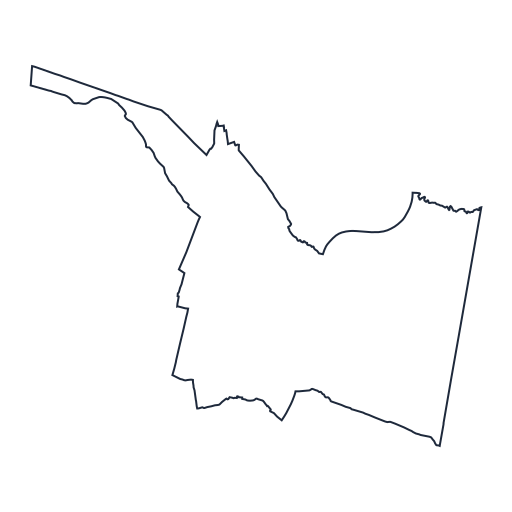 the district of Pak Kret, Nonthaburi, Thailand
{"feature_id": "78962969B33148689371757", "entity_name": "Pak Kret", "entity_type": "district", "adm_level": 2, "iso_a3": "THA", "parent_name": "Thailand", "parent_adm1": "Nonthaburi", "projection": "equal_earth", "projection_center": [100.484, 13.936], "detail": "fine", "context": "isolated", "style": "outline", "palette": "slate", "viewbox_px": 512, "rotation_deg": 0, "n_neighbors": 0, "source": "geoboundaries", "source_scale": "gbopen_adm2", "svg_char_len": 6018}
<svg xmlns="http://www.w3.org/2000/svg" viewBox="0 0 512 512"><path d="M197.2,408.5L198.6,408.4L202.3,407.3L203.9,408.0L204.5,408.0L207.2,407.1L211.3,406.3L214.9,405.3L217.8,405.0L219.1,404.7L219.6,404.4L222.1,401.9L226.0,398.8L226.5,398.6L227.4,399.3L228.3,399.1L229.6,397.2L232.2,397.7L233.6,398.2L234.8,397.8L236.8,398.0L237.1,396.4L237.3,396.3L238.4,396.6L238.5,397.2L242.2,397.5L242.2,398.7L242.2,398.9L245.4,399.5L247.1,400.4L249.2,400.7L250.3,400.7L253.1,400.4L254.4,399.9L256.0,398.7L256.8,398.6L258.1,399.2L262.4,400.5L263.2,401.0L263.9,401.8L266.0,404.7L266.8,405.4L267.1,406.1L267.7,406.0L268.0,406.1L270.7,409.4L270.7,409.9L270.1,410.6L270.1,411.0L270.2,411.3L273.9,413.1L277.1,416.6L281.7,420.3L284.2,416.5L286.2,413.2L290.8,404.3L292.4,400.7L294.3,395.7L295.1,393.2L295.5,391.3L299.4,391.3L309.4,390.4L310.7,389.7L311.6,389.0L312.3,388.9L313.3,389.2L315.5,390.1L317.5,390.7L319.2,392.0L320.4,391.8L320.9,391.9L322.7,394.1L323.6,394.4L324.0,394.6L324.7,396.2L325.5,397.2L326.2,397.4L327.9,397.3L328.7,397.8L330.2,399.8L330.7,401.0L331.2,401.4L341.3,404.9L345.7,406.8L350.4,408.1L351.7,409.3L353.0,409.6L363.1,412.6L365.3,413.7L368.8,414.9L375.2,417.6L385.1,421.5L387.3,422.1L389.0,421.9L390.5,421.9L395.0,423.6L404.0,427.4L409.3,430.0L411.6,431.0L413.0,432.0L415.9,433.5L419.0,434.3L420.7,435.0L429.3,436.7L430.8,437.2L431.3,437.6L432.8,439.6L434.2,441.2L435.0,443.1L436.1,444.9L436.8,445.3L438.5,445.4L439.7,445.9L440.0,444.1L443.4,425.0L443.6,423.7L443.5,423.3L451.1,379.2L458.7,336.2L481.3,207.3L480.5,207.5L479.5,207.9L479.3,208.5L479.4,209.8L479.3,210.0L478.3,210.1L477.8,209.8L477.3,209.3L476.9,209.2L474.1,210.2L473.8,210.5L473.0,211.7L472.6,212.0L471.3,211.9L470.0,212.6L468.7,211.7L468.0,211.5L467.7,211.9L467.4,212.9L467.0,213.2L466.7,213.2L465.8,211.6L464.9,211.4L464.5,211.2L464.4,210.8L464.3,210.0L464.2,209.4L463.8,209.1L463.3,209.0L461.3,208.9L459.8,209.3L458.7,209.8L457.2,211.1L456.1,211.7L455.1,210.8L453.8,210.8L453.4,210.6L451.4,206.8L450.6,206.1L450.3,206.3L449.9,206.7L449.7,207.7L449.5,209.4L449.4,209.8L449.1,210.0L448.7,209.6L447.5,207.2L447.0,206.7L446.5,206.8L445.5,207.5L445.0,207.5L442.0,205.7L440.3,205.5L438.6,204.6L436.5,204.1L435.4,202.9L435.0,202.7L433.9,202.8L432.1,202.6L429.8,203.0L429.0,202.9L428.7,202.7L428.2,200.7L427.8,200.3L427.3,200.5L426.5,201.7L426.2,201.8L425.8,201.7L424.6,200.6L424.3,200.0L424.3,199.0L425.0,197.6L424.9,197.1L424.7,196.9L424.2,196.9L422.4,197.8L421.7,198.0L420.4,199.4L420.1,199.6L419.8,199.6L419.5,199.3L419.1,197.8L418.4,196.6L418.3,196.2L418.5,195.7L419.9,194.2L420.0,193.8L419.8,193.5L419.3,193.2L416.8,192.9L412.6,192.7L412.6,194.3L412.4,197.4L412.1,199.3L411.6,201.9L410.1,206.7L409.2,208.8L407.8,211.6L404.7,217.1L402.9,219.6L401.2,221.3L397.8,224.3L394.5,226.7L390.9,228.7L387.4,230.3L383.6,231.4L380.7,231.8L378.7,232.1L371.4,232.2L356.9,231.1L352.3,230.9L349.2,231.1L346.0,231.5L341.8,232.5L338.9,233.7L336.0,235.5L332.8,238.3L329.6,241.7L327.3,244.4L326.0,246.4L324.4,249.9L322.9,254.2L319.0,253.4L317.2,250.9L315.2,249.6L314.4,248.8L314.0,248.1L313.7,247.1L313.4,246.6L313.0,246.5L311.9,246.9L311.6,246.7L311.0,245.8L310.5,245.5L309.7,245.2L308.3,245.1L307.5,244.8L307.1,244.3L307.2,243.3L307.1,242.9L306.8,242.8L305.5,242.6L304.8,241.6L304.3,241.3L303.9,241.2L303.6,241.3L303.2,242.2L302.9,242.4L301.2,241.7L300.4,240.3L300.2,240.1L299.8,240.1L298.9,240.8L298.0,240.7L297.6,240.3L297.0,238.9L295.9,237.3L294.7,236.9L293.1,235.7L292.4,234.9L289.7,231.2L289.4,230.5L289.2,229.2L288.6,228.4L288.3,227.9L288.2,226.9L290.0,225.9L291.0,224.5L291.1,223.9L289.5,221.1L287.9,219.1L286.5,213.3L285.4,210.8L284.7,210.0L281.9,207.6L280.8,206.5L275.1,198.2L274.4,197.2L272.8,193.9L269.5,189.5L265.9,183.8L263.5,180.8L261.3,177.4L260.7,176.8L259.2,175.7L255.5,171.5L251.5,165.9L243.7,156.2L238.9,150.6L238.7,150.2L238.7,149.8L238.9,144.8L237.5,144.6L236.0,145.3L235.4,145.4L235.2,145.2L234.1,141.9L228.0,144.1L227.7,141.0L227.3,138.6L226.7,134.3L226.6,133.0L226.1,130.3L224.4,131.0L223.8,127.3L224.0,127.2L223.7,125.5L222.7,125.8L218.3,126.1L218.2,124.7L217.2,122.0L216.6,123.7L216.0,126.1L214.5,130.4L214.1,139.6L214.2,143.3L214.1,143.7L212.3,147.2L211.2,148.6L211.0,148.8L210.4,148.7L209.5,149.7L206.5,155.0L194.1,143.1L188.6,137.3L171.9,120.2L168.7,116.8L167.9,115.6L166.7,114.8L161.5,110.3L160.0,109.7L147.8,106.2L133.4,101.4L128.8,99.6L126.8,99.0L118.0,95.8L115.6,95.1L110.6,93.2L79.7,82.5L71.2,79.4L63.8,76.9L60.2,75.5L55.0,73.9L34.5,66.7L32.1,66.1L30.7,85.4L48.9,90.6L51.1,91.0L51.9,91.4L53.6,92.0L61.5,94.4L64.8,95.2L66.9,96.2L68.9,97.6L70.3,98.8L70.8,99.5L71.5,100.0L72.5,101.6L73.9,102.8L74.4,103.1L76.9,103.3L78.1,103.1L83.1,103.8L85.5,103.8L86.8,103.4L88.5,102.6L91.4,100.1L92.9,99.2L99.1,97.1L100.9,97.0L102.5,97.1L104.8,97.4L107.1,97.9L111.2,99.0L118.1,103.5L119.2,105.1L121.9,107.6L124.4,110.5L124.9,111.3L125.6,112.7L125.9,113.9L125.8,114.3L124.9,115.5L124.8,116.0L125.8,118.0L127.7,119.7L131.7,121.8L132.4,122.4L135.7,127.9L142.8,137.0L144.7,140.6L145.4,142.4L146.0,144.4L146.0,146.2L146.2,146.9L146.8,147.3L149.3,147.5L151.6,150.0L153.6,152.9L154.8,156.4L155.6,158.1L156.5,159.3L157.9,161.3L160.0,163.6L163.6,166.9L164.1,168.0L165.1,173.2L167.0,176.4L168.2,178.9L169.1,180.7L171.3,183.1L172.0,184.3L173.9,185.7L174.9,186.9L176.0,188.7L177.4,191.6L179.9,194.5L181.4,196.5L182.1,197.7L183.0,199.8L183.6,200.8L184.9,202.0L187.2,203.3L188.3,204.3L188.6,204.7L188.7,205.0L188.1,206.7L188.0,207.0L193.2,211.6L199.2,216.3L200.0,217.0L198.8,219.5L197.6,222.4L186.3,252.3L178.9,269.4L184.4,273.1L181.5,284.4L180.0,288.0L179.5,290.1L178.7,292.6L177.8,293.4L177.6,296.2L178.7,296.5L178.7,296.8L177.4,303.9L177.2,306.5L177.5,306.4L178.3,306.5L185.2,308.3L188.1,308.6L187.4,312.6L186.3,316.8L183.7,328.4L180.2,342.9L176.2,360.1L175.8,362.4L174.3,368.5L173.0,373.0L172.4,375.1L180.2,379.0L182.4,379.5L184.2,380.2L185.5,380.4L187.5,380.0L190.1,379.7L191.7,379.7L192.9,379.9L193.0,382.5L193.5,385.6L193.6,387.4L194.5,390.3L194.7,391.7L195.8,399.8L196.1,401.2L196.7,406.1L197.2,408.5Z" fill="none" stroke="#1e293b" stroke-width="2"/></svg>